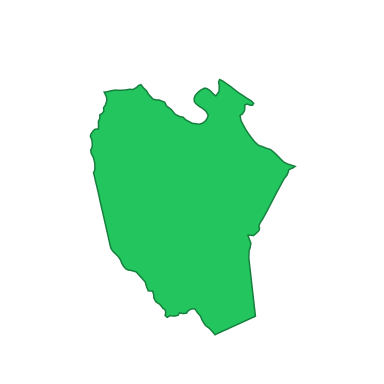 Santa Filomena do Maranhão, Maranhão, Brazil (Equal Earth projection), rotated 315°
{"feature_id": "56859067B3232589496952", "entity_name": "Santa Filomena do Maranhão", "entity_type": "district", "adm_level": 2, "iso_a3": "BRA", "parent_name": "Brazil", "parent_adm1": "Maranhão", "projection": "equal_earth", "projection_center": [-44.593, -5.518], "detail": "fine", "context": "isolated", "style": "filled", "palette": "green", "viewbox_px": 384, "rotation_deg": 315, "n_neighbors": 0, "source": "geoboundaries", "source_scale": "gbopen_adm2", "svg_char_len": 2393}
<svg xmlns="http://www.w3.org/2000/svg" viewBox="0 0 384 384"><g transform="rotate(315 192 192)"><path d="M229.5,78.9L226.8,78.9L222.7,77.8L220.5,75.2L217.0,72.8L214.1,70.2L211.9,68.1L210.0,65.8L206.1,63.0L202.6,61.0L200.5,59.3L198.8,64.2L196.8,66.9L192.0,69.4L189.2,69.8L186.8,72.5L184.0,72.9L181.5,72.2L178.7,74.8L175.6,76.0L174.1,77.7L170.5,81.2L167.7,79.0L165.3,78.9L161.5,79.6L159.5,80.8L158.1,84.2L156.7,86.0L155.2,87.8L152.8,89.8L150.1,90.7L148.3,93.0L146.4,98.4L144.6,101.4L142.6,104.1L138.7,107.8L136.0,108.7L134.5,111.3L133.2,113.4L131.8,115.5L128.8,120.5L123.5,129.0L121.2,132.4L110.9,148.9L96.1,172.3L94.7,174.8L94.1,178.6L94.2,181.9L94.2,185.7L93.4,189.5L91.9,192.8L91.0,196.5L90.9,200.1L91.9,202.4L93.4,204.3L96.0,209.0L95.7,215.4L95.3,222.5L92.7,227.2L91.2,231.0L94.1,234.2L91.9,238.1L90.1,239.9L88.8,244.1L89.8,248.9L89.2,253.5L89.7,256.4L88.1,258.8L85.7,260.2L85.8,263.1L89.0,263.9L91.8,267.3L94.9,269.3L97.7,268.6L99.6,271.5L102.2,273.7L105.8,273.3L108.9,274.3L111.4,276.5L110.5,281.6L110.3,285.4L108.5,289.9L107.7,293.0L107.2,296.4L107.9,300.8L107.7,305.4L107.3,309.2L110.0,310.1L149.0,324.7L151.7,321.3L185.6,278.7L187.9,276.7L190.6,274.0L193.3,272.7L197.4,269.9L200.9,262.1L203.0,264.0L204.5,266.2L206.7,266.5L209.0,266.6L212.1,266.6L214.0,265.6L215.4,263.1L218.8,261.9L223.4,260.9L229.7,259.1L251.5,252.2L266.6,247.7L270.8,247.3L273.6,246.2L276.1,244.8L278.3,245.4L280.6,246.4L283.0,246.8L279.4,239.8L278.0,235.6L278.0,232.0L278.1,224.5L277.9,221.0L277.5,217.3L276.1,214.9L273.7,209.4L272.0,205.8L271.8,201.2L272.3,196.5L273.2,190.5L274.1,186.1L275.5,181.2L277.2,176.0L280.0,171.9L282.9,172.5L286.8,171.5L289.0,169.7L290.8,167.8L293.2,168.8L294.4,171.6L296.0,173.4L298.3,172.9L298.3,169.2L297.1,164.6L296.4,160.6L295.1,154.8L294.2,147.5L293.9,144.7L293.0,139.9L292.2,135.3L291.1,132.0L288.6,133.0L286.8,135.6L284.8,137.7L282.3,140.0L279.1,140.6L276.8,140.9L276.4,137.7L276.5,133.2L275.7,129.4L274.2,127.3L272.3,126.8L270.2,126.1L267.2,125.8L264.6,125.8L262.4,126.1L259.9,127.2L257.9,129.2L257.2,132.0L257.7,137.0L258.6,140.3L259.0,144.8L257.8,149.1L255.1,150.6L251.3,151.3L247.6,150.6L244.7,148.9L242.3,145.5L240.8,143.7L238.6,136.4L238.6,132.7L236.9,130.5L235.0,125.2L235.7,119.1L234.8,113.1L236.2,109.2L235.0,106.5L233.8,103.6L232.0,101.9L230.1,98.8L230.4,91.7L231.4,88.6L231.3,83.7L231.8,79.9L229.5,78.9Z" fill="#22c55e" stroke="#15803d" stroke-width="1.5"/></g></svg>